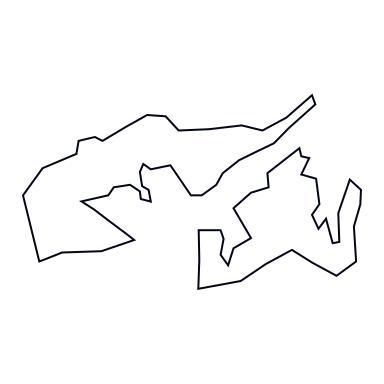 the border of Tai Po
{"feature_id": "HKG-5169", "entity_name": "Tai Po", "entity_type": "state/province", "adm_level": 1, "iso_a3": "HKG", "parent_name": "Hong Kong S.A.R.", "parent_adm1": "", "projection": "natural_earth1", "projection_center": [114.263, 22.454], "detail": "fine", "context": "isolated", "style": "outline", "palette": "ink", "viewbox_px": 384, "rotation_deg": 0, "n_neighbors": 0, "source": "natural_earth", "source_scale": "10m", "svg_char_len": 1100}
<svg xmlns="http://www.w3.org/2000/svg" viewBox="0 0 384 384"><path d="M312.0,95.2L315.3,104.4L289.1,127.8L273.9,143.3L257.4,151.2L239.1,160.2L222.7,173.2L216.3,184.8L201.8,195.3L190.9,195.3L170.4,165.3L150.8,169.3L143.3,164.0L139.9,171.9L142.1,186.1L148.6,189.9L150.8,201.6L140.8,199.0L139.9,191.4L130.0,184.8L113.8,187.3L108.3,195.3L81.5,201.4L94.1,209.5L109.4,221.2L127.2,234.5L134.2,240.0L101.4,251.2L86.1,251.7L62.2,252.5L39.3,261.5L23.0,195.4L42.6,168.2L76.4,153.9L78.6,140.9L94.9,137.0L102.5,140.9L126.4,126.6L147.1,115.0L165.6,116.3L178.7,130.5L209.1,129.2L241.8,125.4L262.5,130.5L286.4,117.6L312.0,95.2ZM198.7,230.2L220.6,230.2L223.6,238.9L220.6,254.8L228.1,265.3L233.5,248.3L251.0,238.1L233.5,208.2L251.0,192.7L268.6,187.3L267.4,173.2L299.4,148.2L301.3,156.3L309.2,158.1L301.3,174.5L316.1,178.7L319.4,204.2L312.0,214.8L318.5,228.8L326.0,218.7L332.7,243.2L339.3,241.9L338.3,213.2L349.8,179.6L361.0,189.9L360.3,204.4L353.9,226.5L356.1,261.5L336.5,275.8L312.5,262.8L291.9,249.9L265.7,264.1L240.7,281.0L198.3,288.8L199.3,260.2L198.7,230.2Z" fill="none" stroke="#020617" stroke-width="2"/></svg>